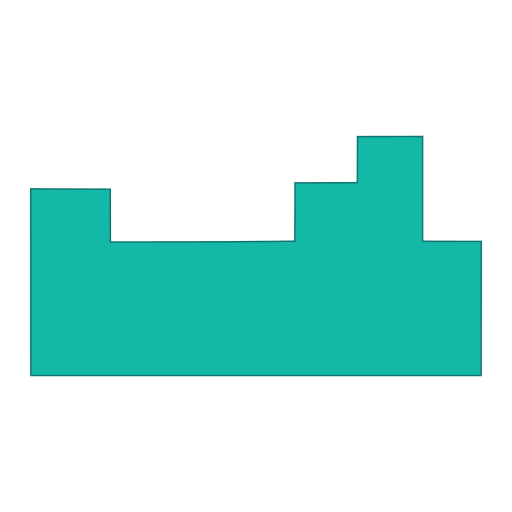 Fray Justo Santa María de Oro, Chaco, Argentina (Robinson projection)
{"feature_id": "61730980B15270173915808", "entity_name": "Fray Justo Santa María de Oro", "entity_type": "district", "adm_level": 2, "iso_a3": "ARG", "parent_name": "Argentina", "parent_adm1": "Chaco", "projection": "robinson", "projection_center": [-61.341, -27.818], "detail": "fine", "context": "isolated", "style": "filled", "palette": "teal", "viewbox_px": 512, "rotation_deg": 0, "n_neighbors": 0, "source": "geoboundaries", "source_scale": "gbopen_adm2", "svg_char_len": 727}
<svg xmlns="http://www.w3.org/2000/svg" viewBox="0 0 512 512"><path d="M30.9,375.5L153.7,375.5L206.7,375.5L333.3,375.5L481.1,375.5L481.1,374.5L481.1,374.4L481.1,353.3L481.1,331.3L481.2,314.8L481.2,309.7L481.3,241.4L457.0,241.4L429.5,241.3L422.6,241.2L422.6,235.2L422.6,143.3L422.6,136.5L419.8,136.5L357.5,136.6L357.4,178.2L357.3,182.7L323.4,182.8L295.0,182.9L295.0,186.2L295.0,202.5L294.9,241.2L276.3,241.4L226.7,241.8L224.8,241.8L224.6,241.8L219.0,241.8L147.2,242.0L110.4,242.0L110.2,189.2L31.0,188.9L30.7,188.9L30.7,224.6L30.8,237.3L30.8,241.1L30.8,241.6L30.8,242.2L30.8,252.2L30.8,274.9L30.8,279.9L30.8,296.7L30.8,309.9L30.8,323.6L30.8,335.6L30.8,350.0L30.9,375.5Z" fill="#14b8a6" stroke="#0f766e" stroke-width="1.5"/></svg>